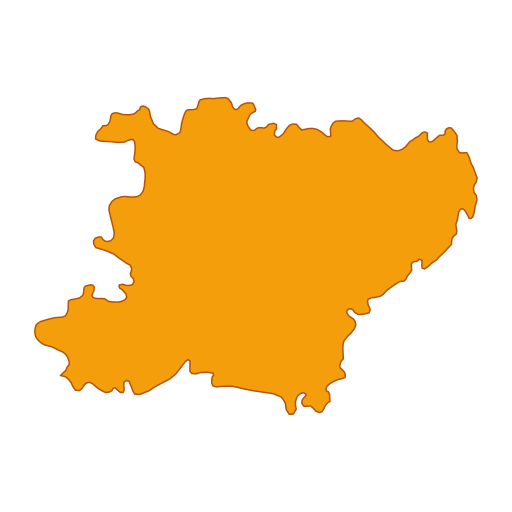 the district of Mogilev, Mogilev, Belarus, rotated 179°
{"feature_id": "67162791B13586571917215", "entity_name": "Mogilev", "entity_type": "district", "adm_level": 2, "iso_a3": "BLR", "parent_name": "Belarus", "parent_adm1": "Mogilev", "projection": "albers", "projection_center": [30.317, 53.845], "detail": "fine", "context": "isolated", "style": "filled", "palette": "amber", "viewbox_px": 512, "rotation_deg": 179, "n_neighbors": 0, "source": "geoboundaries", "source_scale": "gbopen_adm2", "svg_char_len": 6085}
<svg xmlns="http://www.w3.org/2000/svg" viewBox="0 0 512 512"><g transform="rotate(179 256 256)"><path d="M406.9,388.9L407.3,388.1L409.3,385.6L412.0,383.3L414.0,379.6L414.4,375.8L410.6,373.9L405.9,373.2L399.9,372.9L392.1,372.0L385.5,372.2L382.2,373.8L377.8,374.8L375.9,373.5L375.1,370.6L375.0,367.5L375.0,364.2L375.4,361.1L376.3,355.2L375.0,352.2L372.8,351.5L366.7,346.5L365.6,342.4L365.4,339.5L365.5,335.4L366.1,330.9L366.5,327.2L367.7,322.9L370.2,319.4L373.3,317.6L376.1,317.2L380.0,317.1L386.6,317.9L390.4,317.3L396.0,315.5L399.2,312.9L401.7,309.0L402.3,304.7L399.4,291.8L398.8,289.2L397.4,282.7L397.6,279.3L398.2,276.6L401.0,273.7L404.1,273.2L406.1,273.2L408.6,275.0L410.3,277.6L413.0,277.8L416.5,276.5L418.2,273.9L418.0,270.6L416.0,267.2L408.3,264.8L404.2,263.2L398.4,260.6L392.7,256.1L385.2,250.8L382.1,249.1L380.5,245.8L381.1,242.5L382.0,240.6L381.3,238.0L379.0,235.3L378.3,232.5L380.2,229.4L382.5,228.8L386.1,228.8L389.8,230.0L393.1,229.5L393.5,227.9L392.7,226.1L390.7,225.0L388.4,222.3L386.6,220.2L386.0,216.8L388.0,214.4L391.7,212.8L394.9,212.3L400.9,212.6L404.4,213.3L406.0,214.5L408.2,215.9L411.5,216.2L414.6,216.2L417.7,216.5L419.8,217.5L420.8,219.8L419.0,223.4L418.4,225.6L418.3,227.8L419.8,229.7L422.0,230.1L427.2,228.8L428.4,227.3L429.2,221.6L429.7,220.0L431.1,218.7L432.6,217.6L434.7,216.7L439.8,215.8L441.9,215.6L443.3,214.8L444.4,214.0L444.6,209.0L444.8,205.5L445.8,202.2L447.7,199.4L450.6,198.3L457.2,197.9L459.6,197.6L465.6,196.2L472.6,194.2L476.0,192.0L477.1,190.7L477.8,188.6L478.5,184.4L478.0,180.2L476.9,177.7L474.6,174.9L471.6,172.3L468.4,170.6L461.7,168.8L455.5,165.5L450.8,163.3L447.7,160.7L446.0,157.7L444.6,153.5L444.7,150.7L446.8,148.1L448.1,145.1L452.6,140.9L453.4,139.9L449.6,138.9L447.9,138.2L445.3,135.6L442.9,132.2L441.5,128.9L438.9,125.0L435.1,124.4L432.7,126.2L430.6,129.1L428.4,131.6L426.4,132.3L424.4,132.6L421.6,131.1L416.2,126.3L412.3,123.9L408.7,122.1L405.2,122.5L402.5,123.8L401.3,126.0L399.2,126.8L397.7,125.2L394.2,122.1L391.3,121.9L390.2,124.0L390.4,130.0L390.2,132.1L387.7,133.8L385.0,132.9L382.8,127.1L381.5,123.2L379.8,120.1L376.3,119.7L373.6,120.0L365.3,123.1L360.5,126.3L356.1,128.7L344.1,134.7L338.3,139.4L334.9,143.7L333.5,145.3L328.4,151.8L325.8,153.6L323.9,152.4L323.8,150.7L324.0,147.1L324.1,141.9L322.4,139.8L320.2,139.3L317.5,139.3L313.8,140.5L306.4,140.6L301.1,139.6L300.4,137.8L301.8,136.0L302.3,133.8L302.5,129.9L301.4,127.0L298.3,125.8L292.9,126.2L287.2,126.3L282.1,126.2L277.2,125.1L270.3,123.3L261.9,121.5L241.1,118.0L233.4,114.7L231.4,112.2L229.3,108.5L228.4,101.8L225.5,97.1L221.3,97.4L218.5,102.2L219.1,105.9L219.2,109.3L218.0,113.0L216.7,115.5L214.1,117.6L211.1,118.6L208.3,116.9L208.8,115.0L210.8,113.3L212.4,111.1L212.8,108.1L211.2,105.3L209.4,104.7L206.2,105.1L203.9,105.1L201.5,102.9L198.9,99.9L195.6,98.4L192.8,99.1L190.8,102.1L189.5,104.8L188.2,106.6L186.7,108.3L184.6,109.2L184.8,112.9L184.8,116.0L186.0,118.9L187.7,119.6L188.4,122.1L187.0,124.9L185.0,126.6L182.1,128.4L179.1,129.9L175.3,131.3L173.2,131.6L169.2,132.9L168.7,135.8L170.0,139.0L173.9,142.8L174.2,145.2L173.0,148.7L170.5,151.7L170.8,161.1L170.6,165.7L169.4,169.8L165.7,174.2L162.3,177.4L158.8,181.6L157.3,185.6L158.3,189.3L159.9,191.5L163.5,193.9L165.3,195.9L166.5,198.7L164.8,201.1L162.4,201.6L160.2,200.7L158.4,197.9L154.7,195.7L152.0,195.7L149.5,196.0L144.1,197.1L142.8,199.8L143.3,202.2L144.6,204.7L145.2,208.2L144.9,210.6L141.2,212.3L138.2,212.4L135.3,213.1L133.8,213.2L131.4,214.1L129.4,215.6L125.9,219.3L120.3,223.3L117.9,224.8L113.9,227.3L111.5,228.1L108.3,228.4L106.4,230.3L104.9,233.5L102.4,236.3L100.7,239.0L100.7,242.4L101.0,244.9L99.8,246.7L97.9,247.7L95.9,247.7L94.9,248.1L92.9,249.9L90.0,248.7L90.4,243.8L90.1,241.1L88.0,240.1L85.8,241.3L84.0,242.6L80.4,245.8L75.4,249.1L72.8,252.0L68.6,255.8L63.5,261.0L60.3,264.5L59.9,269.7L58.0,272.4L55.3,274.6L54.8,277.5L55.1,280.2L55.7,283.4L55.2,285.4L54.2,288.1L52.6,296.2L51.2,298.8L49.9,299.5L48.4,299.5L46.5,298.1L44.4,294.6L43.5,292.5L42.2,289.8L40.5,289.8L38.5,291.3L37.1,295.7L36.0,301.9L35.0,305.1L34.1,308.2L34.6,312.6L36.9,315.8L37.4,319.8L36.4,323.4L34.7,325.7L33.5,330.1L37.3,340.9L39.6,345.4L40.6,349.4L42.2,353.3L43.6,355.7L48.6,355.4L50.8,355.9L53.2,359.7L53.3,363.2L52.6,367.1L52.9,369.6L52.9,372.7L54.4,375.4L56.4,378.1L58.8,380.7L61.3,380.8L63.0,380.0L64.7,377.8L64.7,375.1L65.9,373.9L67.5,373.4L70.3,373.5L73.5,371.0L77.4,367.6L79.0,367.0L81.2,367.2L82.6,369.6L82.5,375.8L84.7,377.0L86.2,376.9L87.6,376.3L89.4,374.9L90.5,373.6L92.4,372.3L94.2,371.6L97.3,369.3L100.0,367.8L104.9,362.4L108.0,360.1L111.4,358.9L114.1,358.8L117.0,359.4L123.9,365.3L131.8,373.0L135.8,378.0L141.2,383.3L145.6,387.3L147.9,389.9L149.4,391.2L150.7,392.1L151.6,392.1L154.6,391.2L157.1,389.3L159.0,389.0L164.2,389.5L168.8,389.6L173.9,389.4L175.8,388.2L177.3,386.6L178.6,384.2L179.5,381.4L179.2,377.1L179.1,374.5L180.5,374.1L182.5,374.1L184.6,375.4L188.4,379.0L192.2,381.2L194.1,381.9L197.6,382.6L201.4,382.5L205.7,381.6L208.0,381.3L209.9,382.9L213.2,387.0L217.5,387.3L220.2,386.1L222.8,383.3L225.2,379.8L226.9,377.4L231.1,374.2L233.4,374.5L235.6,376.8L235.1,380.4L233.3,382.9L233.2,387.0L236.1,388.4L241.0,387.3L243.4,384.8L245.6,383.7L247.7,384.1L250.9,384.3L253.3,383.4L255.5,381.5L257.7,381.7L259.2,382.2L261.4,385.3L262.7,388.6L262.8,390.8L259.8,397.0L257.9,398.9L254.3,400.6L253.7,402.5L255.9,407.9L257.1,409.0L261.8,409.2L264.3,408.8L268.0,407.2L269.7,405.7L271.3,403.7L273.3,402.6L275.3,403.4L276.9,405.9L277.9,409.6L280.9,413.6L283.4,414.9L289.3,414.7L295.7,414.1L299.8,414.4L304.7,414.2L309.3,413.0L310.4,411.1L311.3,408.0L312.7,404.2L316.1,403.5L322.1,403.3L323.7,402.0L325.3,398.6L326.9,394.1L328.1,389.6L329.0,383.9L330.0,380.6L334.0,378.6L336.6,379.1L339.4,380.9L341.4,381.9L344.0,382.9L347.1,383.8L351.6,385.4L356.1,389.8L358.8,396.5L359.5,399.8L359.9,402.5L360.8,404.7L364.2,407.3L365.9,407.9L368.0,407.6L369.1,406.8L369.7,404.4L371.9,403.2L373.7,401.4L376.2,400.0L380.1,399.4L384.6,399.6L387.3,399.9L390.2,400.9L393.1,401.6L395.8,401.4L397.5,400.6L398.6,398.9L399.2,395.4L399.9,392.6L401.8,390.0L403.2,389.1L406.9,388.9Z" fill="#f59e0b" stroke="#b45309" stroke-width="1.5"/></g></svg>